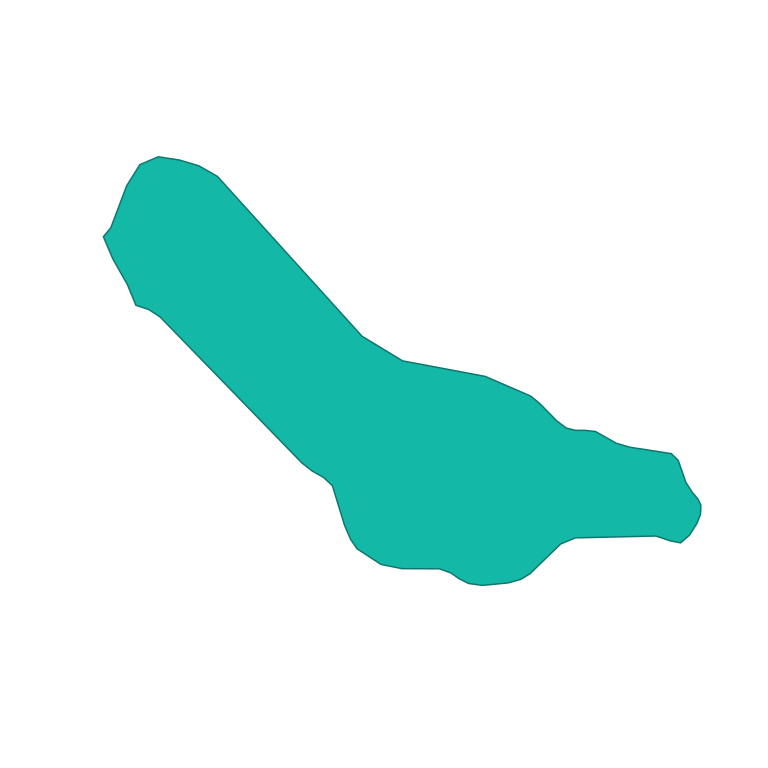 an SVG outline of Andjazîdja, rotated 312°
{"feature_id": "COM-4935", "entity_name": "Andjazîdja", "entity_type": "state/province", "adm_level": 1, "iso_a3": "COM", "parent_name": "Comoros", "parent_adm1": "", "projection": "natural_earth1", "projection_center": [43.361, -11.647], "detail": "fine", "context": "isolated", "style": "filled", "palette": "teal", "viewbox_px": 768, "rotation_deg": 312, "n_neighbors": 0, "source": "natural_earth", "source_scale": "10m", "svg_char_len": 860}
<svg xmlns="http://www.w3.org/2000/svg" viewBox="0 0 768 768"><g transform="rotate(312 384 384)"><path d="M492.8,584.5L495.3,596.0L501.5,609.0L524.5,644.1L524.1,653.8L512.9,674.2L509.7,685.8L508.6,694.1L506.0,700.6L498.8,706.5L489.5,709.9L476.1,712.2L464.4,710.7L459.2,702.1L452.9,687.7L397.7,629.2L383.2,622.3L341.0,619.5L330.6,616.5L319.3,609.4L300.3,592.0L292.3,580.3L289.6,570.1L288.3,560.1L283.8,548.9L258.8,520.9L247.9,502.5L243.5,474.3L246.2,463.1L252.6,449.2L273.9,413.7L274.1,401.5L271.3,389.1L270.4,375.7L284.0,172.7L281.9,159.3L276.5,146.9L286.1,127.0L295.5,98.8L305.7,76.9L317.4,76.4L359.2,60.1L383.7,55.8L401.8,64.2L413.5,82.0L422.3,100.5L426.8,121.4L404.8,335.8L413.6,382.3L457.4,454.2L473.2,501.2L473.7,512.9L472.2,537.2L473.2,548.9L477.7,557.3L484.2,564.6L490.2,572.9L492.8,584.5Z" fill="#14b8a6" stroke="#0f766e" stroke-width="1.5"/></g></svg>